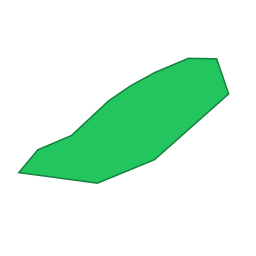 outline of Thermeia, Cyprus, rotated 50°
{"feature_id": "46923920B3571581876318", "entity_name": "Thermeia", "entity_type": "district", "adm_level": 2, "iso_a3": "CYP", "parent_name": "Cyprus", "parent_adm1": "", "projection": "orthographic", "projection_center": [33.331, 35.326], "detail": "fine", "context": "isolated", "style": "filled", "palette": "green", "viewbox_px": 256, "rotation_deg": 50, "n_neighbors": 0, "source": "geoboundaries", "source_scale": "gbopen_adm2", "svg_char_len": 303}
<svg xmlns="http://www.w3.org/2000/svg" viewBox="0 0 256 256"><g transform="rotate(50 128 128)"><path d="M166.6,29.0L132.0,15.6L113.4,37.0L102.7,71.8L97.4,98.6L94.7,125.3L97.4,176.2L86.7,211.0L92.0,240.4L150.6,186.9L169.3,128.0L166.6,29.0Z" fill="#22c55e" stroke="#15803d" stroke-width="1.5"/></g></svg>